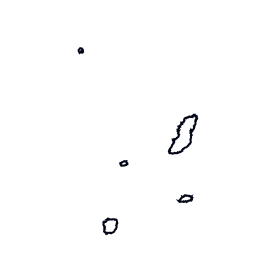 San Cristobal, Galápagos, Ecuador (orthographic projection), rotated 334°
{"feature_id": "8360857B96374734157472", "entity_name": "San Cristobal", "entity_type": "district", "adm_level": 2, "iso_a3": "ECU", "parent_name": "Ecuador", "parent_adm1": "Galápagos", "projection": "orthographic", "projection_center": [-89.85, -0.532], "detail": "fine", "context": "isolated", "style": "outline", "palette": "ink", "viewbox_px": 256, "rotation_deg": 334, "n_neighbors": 0, "source": "geoboundaries", "source_scale": "gbopen_adm2", "svg_char_len": 5814}
<svg xmlns="http://www.w3.org/2000/svg" viewBox="0 0 256 256"><g transform="rotate(334 128 128)"><path d="M183.4,144.2L183.2,144.4L182.4,144.7L182.0,145.3L182.2,145.8L182.0,146.0L181.8,145.8L181.6,146.2L180.9,146.5L180.8,146.9L180.4,146.8L179.6,147.2L179.4,146.9L179.5,147.1L179.4,147.2L179.2,147.1L179.2,147.5L179.5,147.5L179.0,147.7L178.8,147.4L178.6,147.9L178.2,147.4L177.9,147.3L178.1,147.5L177.9,147.6L177.8,147.3L177.3,148.3L175.9,148.5L175.8,149.1L175.4,149.2L175.2,149.1L175.2,149.5L174.7,149.2L174.5,149.6L174.1,149.3L174.2,150.1L174.0,150.5L173.6,150.8L173.2,150.7L172.4,151.6L171.8,151.3L171.7,151.7L171.4,152.1L172.0,152.4L172.1,152.8L171.8,153.2L172.0,153.2L171.7,153.4L171.3,153.4L171.5,154.2L170.6,154.8L170.9,155.5L170.6,156.1L171.0,156.1L171.1,156.4L170.4,156.9L170.2,157.3L169.3,158.1L167.7,158.2L167.4,158.6L167.2,158.5L166.8,158.6L166.3,158.8L165.7,158.7L165.4,159.0L165.2,158.9L165.2,158.4L164.7,158.3L164.3,158.1L163.5,158.2L163.3,158.1L163.3,158.8L163.1,158.9L163.3,159.2L163.6,159.3L163.7,159.5L163.4,159.9L163.6,160.3L163.3,160.6L163.1,161.2L162.5,161.3L162.4,161.1L162.3,161.3L161.5,161.9L161.6,162.1L160.2,162.6L160.0,162.8L160.0,163.1L159.1,163.7L159.0,164.0L157.8,164.4L157.4,164.9L156.5,165.1L156.4,165.5L155.9,165.5L155.7,165.7L155.8,165.7L155.8,166.1L156.0,166.1L156.1,166.3L156.1,166.7L155.7,167.0L155.4,166.8L154.9,166.9L154.5,167.3L154.6,167.6L154.2,168.4L154.3,168.8L154.5,168.8L154.8,169.1L155.5,169.2L156.5,170.5L157.1,170.4L158.1,170.9L158.4,170.8L158.4,171.0L158.9,171.0L159.6,171.2L160.1,171.8L161.0,171.8L161.3,172.2L161.7,172.3L162.0,171.9L162.2,172.2L162.6,172.3L163.6,172.1L163.6,172.4L163.8,172.5L164.2,172.4L165.1,172.6L166.7,171.9L166.8,172.0L167.0,171.5L167.5,171.3L167.9,171.3L168.2,171.0L168.5,171.2L169.0,171.1L169.4,170.8L170.3,170.6L172.0,170.9L173.1,170.7L173.7,170.3L174.1,170.4L174.7,170.3L175.0,170.1L175.2,169.6L175.9,169.3L176.5,169.4L176.8,169.1L177.1,169.2L177.7,168.6L178.2,168.4L178.6,167.4L178.7,166.5L178.9,166.1L179.2,166.0L179.6,165.3L179.5,165.2L180.6,164.2L180.8,163.3L181.1,162.8L181.1,162.5L181.3,162.2L181.9,162.3L181.9,161.9L182.2,161.8L182.1,161.3L182.2,160.7L182.4,159.9L182.3,159.6L182.1,159.5L182.2,159.4L182.5,159.0L182.8,159.0L182.8,158.9L183.0,159.1L183.3,158.8L183.2,159.1L183.4,159.1L183.4,158.8L183.2,158.6L183.4,158.3L183.6,158.4L183.7,158.0L184.0,158.4L184.2,157.9L184.4,158.5L184.6,158.2L184.9,158.5L185.1,158.2L185.5,158.2L186.7,157.6L186.7,157.4L187.2,157.1L187.3,156.8L187.8,156.5L188.0,155.2L188.3,155.2L188.7,154.9L188.8,155.0L188.9,154.8L189.2,154.8L190.5,153.9L191.3,151.9L191.4,151.4L191.7,151.2L191.9,151.3L192.0,151.1L191.8,151.0L192.0,150.7L192.4,151.0L192.6,150.6L193.4,150.4L193.3,150.0L193.7,149.8L193.5,149.7L193.5,149.2L193.9,148.7L194.7,148.3L194.9,147.8L194.9,147.1L194.5,146.9L194.3,147.1L194.2,146.9L193.6,146.9L193.6,146.6L193.9,146.6L193.5,146.5L193.5,146.2L193.8,145.4L193.4,145.3L193.0,144.9L192.4,145.1L192.2,145.4L191.8,145.4L191.9,145.5L191.6,146.0L190.9,146.1L190.7,146.4L190.3,146.0L189.6,145.8L188.5,145.2L188.4,144.7L188.2,144.5L187.1,144.6L186.9,144.9L186.3,144.8L186.2,144.5L185.4,144.7L185.1,144.4L184.9,144.6L184.7,144.2L183.4,144.2ZM70.2,200.6L69.8,200.7L69.8,201.1L69.2,201.1L68.9,201.3L68.6,201.2L68.7,201.5L68.3,201.4L67.7,202.3L67.2,202.3L67.0,202.6L66.2,202.5L65.9,201.8L65.7,201.6L65.2,201.8L64.9,201.7L64.5,201.9L64.2,203.4L64.1,203.5L63.9,203.5L63.6,203.9L63.4,204.8L63.6,205.3L63.4,205.6L63.4,206.0L63.7,206.0L63.9,206.3L63.9,206.6L63.4,206.6L63.4,207.1L63.1,207.1L63.0,207.3L62.7,207.8L62.9,208.5L62.6,208.5L62.0,208.9L61.9,209.7L61.5,210.3L61.1,210.6L61.5,211.7L61.8,212.0L62.2,212.0L62.4,212.3L62.5,212.8L62.3,213.1L62.9,213.1L63.1,213.2L63.0,213.5L63.3,213.4L63.3,213.7L63.8,213.5L65.7,214.1L65.7,214.4L66.2,214.7L66.3,214.9L66.6,214.8L67.1,215.3L67.9,215.1L69.3,215.3L70.1,215.0L70.9,214.5L71.4,213.9L72.1,213.6L72.6,213.7L72.8,213.6L73.0,213.2L74.3,212.2L74.6,211.2L74.9,211.0L75.0,210.5L74.8,210.2L75.0,210.1L74.9,210.0L75.2,210.1L76.0,209.1L76.5,209.0L76.6,208.7L76.4,208.5L76.9,208.1L76.9,207.5L77.3,206.6L77.5,206.4L77.7,206.6L77.1,205.0L76.8,205.0L76.6,204.8L75.9,204.8L75.7,204.1L74.9,203.6L73.9,203.2L73.4,203.3L72.6,202.6L71.4,202.1L70.8,202.1L70.4,201.7L70.3,201.3L70.6,200.9L70.2,200.6ZM150.5,213.8L150.0,213.6L150.0,213.8L149.7,213.7L149.2,214.1L148.5,213.8L148.3,214.1L147.9,214.2L147.4,213.8L146.8,214.0L146.6,213.7L146.5,214.2L144.9,214.4L143.9,215.3L143.1,215.2L142.7,215.7L142.8,215.9L142.5,216.3L141.9,216.4L141.7,216.2L141.9,216.9L142.4,216.8L143.1,217.5L144.1,217.7L144.9,218.2L145.3,218.6L145.7,218.8L145.9,218.6L146.1,219.0L146.9,218.9L147.2,219.1L147.6,219.0L148.1,219.9L148.4,219.6L148.7,219.6L149.1,219.9L149.5,219.9L149.5,220.1L150.2,220.1L150.5,219.9L151.1,220.2L151.9,220.1L152.2,220.4L152.5,220.2L152.9,220.1L153.2,220.7L153.4,220.5L153.6,220.7L154.0,220.5L154.3,220.1L154.1,219.3L154.4,218.9L154.6,218.8L154.9,219.0L155.2,218.9L154.9,218.4L155.0,218.2L154.2,217.9L154.2,217.5L154.5,217.3L154.3,217.3L154.3,217.0L153.9,216.9L153.6,216.0L153.3,215.8L152.8,215.9L152.0,214.9L150.8,214.6L150.5,214.2L150.5,213.8ZM110.2,156.2L105.6,156.2L105.6,156.4L105.9,156.7L105.8,156.8L106.1,156.9L106.2,157.3L105.5,157.9L105.3,158.3L105.4,158.9L105.7,159.2L106.5,159.3L107.6,159.9L109.0,160.3L109.3,160.1L110.0,160.4L110.4,160.2L110.8,160.4L111.7,160.2L111.7,159.9L112.0,159.1L111.5,158.6L111.7,158.2L111.7,157.7L111.2,157.2L111.5,157.0L110.7,156.8L110.5,156.3L110.2,156.2ZM119.8,35.3L118.9,35.9L117.9,36.2L117.4,37.1L117.3,38.4L117.4,38.9L117.5,38.8L117.6,39.1L117.9,39.3L118.8,39.5L118.7,38.9L119.1,38.6L119.4,38.4L120.4,38.3L120.7,38.7L120.7,39.5L119.7,39.9L119.8,40.2L120.2,40.3L120.8,40.1L120.8,39.7L121.0,39.5L120.9,39.2L121.6,38.4L121.7,37.8L121.4,36.5L121.1,36.5L120.7,35.7L120.2,35.4L119.8,35.3Z" fill="none" stroke="#020617" stroke-width="2"/></g></svg>